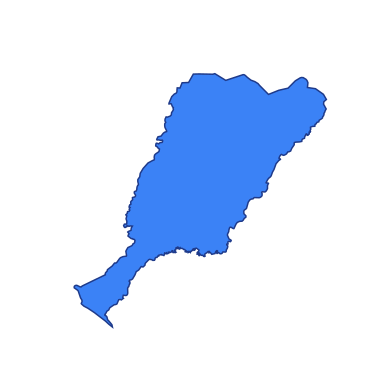 La Masica, Atlántida, Honduras (Natural Earth projection), rotated 213°
{"feature_id": "27666195B29134923600773", "entity_name": "La Masica", "entity_type": "district", "adm_level": 2, "iso_a3": "HND", "parent_name": "Honduras", "parent_adm1": "Atlántida", "projection": "natural_earth1", "projection_center": [-87.15, 15.604], "detail": "fine", "context": "isolated", "style": "filled", "palette": "blue", "viewbox_px": 384, "rotation_deg": 213, "n_neighbors": 0, "source": "geoboundaries", "source_scale": "gbopen_adm2", "svg_char_len": 6099}
<svg xmlns="http://www.w3.org/2000/svg" viewBox="0 0 384 384"><g transform="rotate(213 192 192)"><path d="M129.7,342.8L135.0,345.5L144.7,345.9L152.1,342.5L154.3,346.8L156.2,348.1L157.8,348.6L161.0,348.5L162.5,347.7L163.4,346.7L165.9,341.5L168.0,331.4L174.6,324.6L181.0,315.5L193.5,318.2L195.7,318.9L199.4,318.8L203.5,317.9L208.1,318.3L210.8,318.8L212.3,318.7L213.1,318.2L224.5,304.0L237.3,303.7L238.7,302.1L250.3,294.9L255.1,291.6L254.5,282.0L259.8,278.2L258.7,272.7L261.1,271.3L260.4,269.8L259.3,268.0L259.1,267.2L259.2,266.0L260.2,264.5L260.9,260.9L259.7,253.9L259.2,253.3L257.9,254.6L257.4,254.6L254.7,252.8L253.6,252.6L253.5,252.0L252.5,251.0L252.3,249.3L252.4,247.5L251.4,245.5L251.4,244.9L251.7,243.7L253.5,241.3L254.6,240.9L254.3,238.5L253.4,236.9L252.0,236.2L252.0,234.3L250.9,232.6L249.8,231.4L246.9,229.7L246.2,228.9L247.6,227.1L248.1,225.6L248.4,222.0L250.6,219.8L250.3,217.0L249.6,216.6L248.6,217.4L246.2,218.4L245.2,219.3L244.7,219.2L244.1,218.1L244.1,217.3L245.7,216.0L246.1,214.3L248.1,213.8L248.5,213.4L248.5,212.9L247.7,211.1L247.3,210.8L245.7,210.9L244.2,210.3L242.7,210.3L241.8,208.2L241.9,207.4L243.3,204.0L243.5,202.5L242.7,200.6L241.5,199.2L241.3,198.2L242.3,196.8L244.7,192.4L245.8,185.2L245.6,179.7L245.4,179.0L244.1,176.3L244.2,173.4L244.1,172.7L243.0,171.1L241.4,169.6L240.9,168.8L241.1,167.9L240.8,166.2L239.6,163.8L239.4,162.4L240.4,161.1L240.4,160.5L239.6,159.5L237.7,158.7L237.2,157.9L237.3,156.6L238.7,155.3L238.9,154.8L237.6,153.2L238.1,150.8L237.9,150.1L236.6,148.5L237.2,147.2L236.9,145.9L236.6,145.2L235.6,145.3L235.8,144.5L235.2,143.8L235.1,143.1L234.3,142.9L234.2,141.6L235.3,140.5L235.2,139.8L234.6,138.9L235.1,136.9L234.9,136.7L233.7,136.5L232.7,133.6L230.7,132.0L229.5,129.9L229.7,129.1L230.7,128.7L231.2,128.1L231.0,126.5L229.6,125.7L228.9,125.7L228.2,126.5L228.3,127.5L228.0,128.5L227.0,128.2L226.5,129.1L225.8,129.2L225.2,130.0L223.4,130.9L223.4,128.9L222.3,126.6L223.9,124.2L224.1,123.4L222.1,122.7L222.0,121.0L221.7,120.2L217.5,119.8L216.4,120.5L215.6,120.2L215.0,120.7L214.3,120.7L213.5,120.4L212.6,118.4L212.7,117.4L213.3,116.2L213.1,115.5L213.2,114.2L215.5,110.5L215.4,107.8L215.2,106.3L212.3,103.1L212.1,102.5L214.7,100.2L216.2,98.0L216.5,96.7L216.7,92.0L217.1,91.0L218.3,90.2L218.6,86.5L220.6,80.9L220.1,79.4L220.5,77.2L220.1,75.8L219.6,75.4L232.9,53.4L233.3,52.0L234.2,51.5L237.8,51.0L238.9,50.1L239.3,49.1L239.2,48.4L238.6,47.5L234.3,47.3L233.5,47.0L227.8,42.5L225.5,41.4L224.5,40.2L224.2,38.2L223.7,37.9L220.5,37.4L216.1,37.8L208.2,37.7L194.3,36.6L189.7,35.8L185.2,35.4L186.9,37.1L191.3,38.5L193.2,38.9L195.3,40.9L196.4,41.3L197.7,41.1L197.8,41.7L198.4,41.9L198.2,43.9L198.5,45.5L197.6,47.7L197.9,50.2L195.9,55.0L194.6,56.2L194.0,57.3L194.8,61.7L193.7,62.8L192.5,63.0L191.6,65.5L192.6,65.7L193.4,68.0L191.0,69.2L190.4,70.3L190.4,71.0L190.8,72.2L193.5,76.1L193.8,77.3L193.5,78.1L194.1,79.9L194.2,81.4L194.7,81.6L194.9,82.7L196.0,82.8L196.3,83.7L196.1,84.3L195.1,85.3L194.5,86.7L194.7,91.5L195.4,94.8L194.2,97.5L194.0,101.8L192.3,102.4L192.0,103.1L191.6,105.1L192.2,106.2L192.3,107.1L191.4,111.7L190.8,112.5L188.8,113.3L187.6,113.3L186.3,114.3L186.3,115.2L186.8,116.0L186.8,117.2L185.7,118.1L185.7,119.5L185.2,120.0L185.6,120.2L185.6,120.6L183.6,122.9L182.9,122.7L182.3,123.2L181.0,123.4L181.0,124.8L181.6,125.4L181.7,126.0L180.5,126.2L180.2,127.1L179.7,126.3L179.4,126.4L178.6,127.4L178.8,128.7L178.6,129.2L178.3,129.2L178.1,128.5L176.7,130.3L176.7,132.0L176.0,132.2L175.8,132.0L176.1,131.2L174.8,130.9L174.2,131.7L173.1,131.9L172.7,132.7L173.7,132.7L173.7,133.5L174.6,133.4L174.8,133.9L174.4,135.4L175.0,136.3L174.1,137.9L173.8,137.8L173.9,136.8L173.6,136.6L173.1,137.9L172.5,137.1L171.6,137.2L171.8,138.4L171.6,138.9L170.8,138.3L169.8,139.3L168.5,139.4L167.7,139.2L167.0,139.7L165.8,139.5L165.4,138.5L164.8,139.2L164.5,138.4L164.0,138.5L163.2,139.7L162.3,139.0L161.8,139.8L162.0,140.6L160.4,140.4L160.8,141.5L160.2,142.1L160.2,143.0L159.5,143.5L160.1,144.2L160.0,144.9L159.5,145.5L158.6,144.5L158.2,144.5L158.0,145.2L158.4,146.6L157.6,147.3L154.5,147.1L154.2,145.9L154.7,144.1L154.1,143.6L154.1,142.9L153.9,142.6L153.4,142.9L153.4,144.5L153.0,144.8L152.2,144.6L152.1,144.1L152.6,143.2L151.5,142.5L151.2,142.7L151.5,143.8L151.2,144.2L149.8,143.9L148.3,144.9L147.4,144.4L146.6,144.5L146.1,145.3L147.0,146.1L147.4,147.1L146.5,149.2L146.1,150.9L145.0,151.6L144.8,151.4L144.7,150.3L143.5,151.2L141.5,150.5L139.2,152.9L139.6,154.8L139.4,156.2L138.9,156.5L138.5,156.4L138.0,154.2L137.5,154.1L136.7,155.7L135.0,155.5L134.1,155.9L133.4,156.9L133.4,158.6L131.3,159.8L131.0,160.2L131.0,160.8L131.7,162.3L131.7,163.9L132.2,165.6L132.9,166.4L134.1,166.6L134.4,167.1L134.4,167.4L133.5,168.1L134.6,169.4L134.6,170.2L134.2,170.7L132.7,171.3L132.6,172.5L133.2,172.9L135.4,172.8L138.7,175.0L139.3,176.1L139.6,178.7L140.4,180.3L141.0,182.5L140.8,183.3L140.1,183.7L137.4,183.8L136.9,184.2L137.6,189.0L137.5,191.1L136.1,193.3L134.1,194.8L133.7,196.3L133.8,198.4L133.1,200.1L133.7,201.3L136.7,202.1L138.1,204.1L138.3,205.2L137.5,207.2L137.4,208.1L139.3,214.1L139.2,216.9L138.4,218.4L137.1,219.5L137.0,220.6L136.5,221.4L132.5,223.8L132.0,224.4L131.3,226.0L131.3,227.1L132.2,228.7L133.3,229.5L133.4,230.0L133.0,230.6L130.8,231.8L130.3,233.3L130.5,235.9L132.2,238.5L132.6,240.9L133.2,240.9L134.6,240.0L135.0,240.3L135.3,243.8L135.1,245.6L134.5,247.3L134.4,248.7L135.3,252.4L135.5,255.5L136.9,261.5L136.4,265.6L135.6,267.5L136.0,267.8L137.1,267.5L137.5,267.8L137.9,269.8L137.8,271.4L137.5,272.2L135.4,272.5L134.5,273.4L133.5,275.4L133.5,277.7L132.4,278.8L131.6,280.1L132.1,282.9L132.0,287.3L133.0,288.7L133.0,289.3L132.2,290.3L129.2,292.5L127.5,294.2L128.1,295.4L128.2,296.5L126.9,298.3L127.5,299.6L127.9,302.7L127.8,303.0L127.2,303.1L126.2,302.3L125.6,302.9L125.7,303.7L125.3,304.2L125.5,304.9L126.3,305.9L125.5,306.4L125.6,307.3L126.3,307.5L126.7,309.6L127.5,310.1L127.9,310.9L126.7,312.6L124.8,314.0L125.6,315.7L125.1,316.5L125.1,318.5L123.9,319.9L124.4,321.5L123.2,324.0L122.9,325.1L123.4,326.3L123.2,327.6L123.6,329.0L124.2,329.8L124.1,330.8L124.6,332.9L124.7,334.7L129.5,337.3L130.6,339.5L129.7,342.8Z" fill="#3b82f6" stroke="#1e3a8a" stroke-width="1.5"/></g></svg>